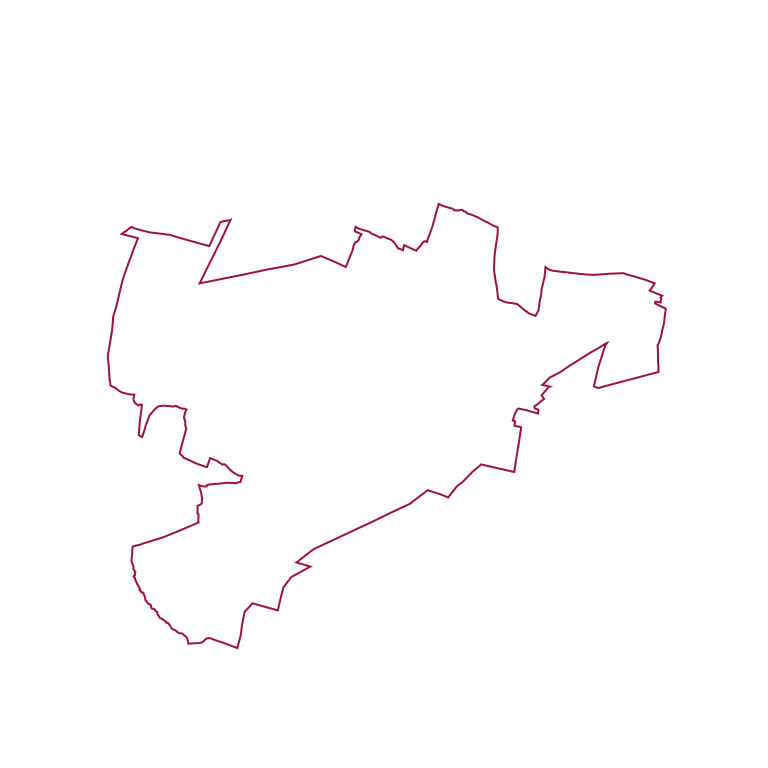 San Pedro Cholula, Puebla, Mexico (Robinson projection), rotated 345°
{"feature_id": "50627088B56415606246768", "entity_name": "San Pedro Cholula", "entity_type": "district", "adm_level": 2, "iso_a3": "MEX", "parent_name": "Mexico", "parent_adm1": "Puebla", "projection": "robinson", "projection_center": [-98.345, 19.072], "detail": "fine", "context": "isolated", "style": "outline", "palette": "rose", "viewbox_px": 768, "rotation_deg": 345, "n_neighbors": 0, "source": "geoboundaries", "source_scale": "gbopen_adm2", "svg_char_len": 6131}
<svg xmlns="http://www.w3.org/2000/svg" viewBox="0 0 768 768"><g transform="rotate(345 384 384)"><path d="M133.9,369.9L136.6,372.7L141.6,365.2L142.6,363.1L149.6,353.3L152.6,351.5L155.0,349.7L159.7,347.3L161.7,347.3L164.0,347.7L165.1,347.7L169.1,349.2L171.2,349.8L174.1,351.1L175.3,351.3L176.5,351.3L177.3,351.1L178.1,351.6L178.3,352.4L183.0,355.8L184.6,356.0L186.6,357.5L184.5,360.0L182.1,364.6L182.2,366.6L182.3,367.7L182.2,369.5L181.4,372.4L181.4,373.5L181.5,375.7L178.9,380.5L174.5,387.8L168.6,398.2L171.0,402.0L171.0,403.0L177.2,408.0L181.0,411.3L183.9,413.5L190.7,418.1L191.6,418.4L196.8,410.6L202.8,415.0L204.7,417.4L205.6,418.2L206.7,419.7L207.5,420.1L208.2,420.3L208.7,420.0L210.4,421.6L211.6,424.2L213.1,427.0L214.3,428.9L215.6,430.5L219.6,434.6L220.9,435.3L223.3,436.0L220.0,441.5L219.1,441.3L216.7,441.3L215.1,441.6L213.7,440.9L210.6,439.9L206.7,438.7L197.1,437.3L193.3,436.4L192.6,436.6L190.2,435.9L188.6,436.0L187.3,435.8L186.6,436.0L186.5,436.6L186.2,437.0L184.6,436.7L182.9,436.1L180.9,435.2L179.0,433.8L179.2,441.9L178.7,447.6L178.0,449.8L177.2,451.8L176.5,452.6L173.7,453.3L172.4,453.3L172.0,454.5L171.4,457.4L170.6,459.7L170.4,460.6L170.4,461.0L171.0,461.5L171.1,462.1L169.2,468.0L169.1,469.7L156.7,471.6L131.1,474.9L108.5,475.8L106.7,476.2L105.7,476.0L99.2,475.9L98.1,478.6L97.0,482.2L94.4,489.2L94.3,491.6L94.5,492.8L94.6,494.6L94.8,495.1L94.8,495.8L94.1,497.5L94.0,498.3L94.5,498.9L94.7,500.0L95.2,501.0L95.1,501.3L94.6,501.5L93.8,504.5L92.6,504.8L92.3,505.3L93.3,507.3L93.1,509.1L93.6,511.2L93.7,512.7L94.4,515.0L95.2,519.1L95.3,519.7L94.8,519.7L95.0,520.7L95.8,522.5L97.2,523.0L97.4,523.8L97.8,526.5L97.8,529.6L97.6,530.8L99.6,535.5L101.2,536.4L101.5,537.2L101.6,538.2L101.4,539.0L101.3,540.0L102.0,541.3L103.6,541.6L105.0,544.7L106.0,545.6L106.0,546.4L105.7,547.6L107.0,552.0L108.7,553.4L110.3,555.2L111.2,556.0L111.5,557.6L112.0,558.3L112.8,558.3L113.7,559.3L114.6,561.6L115.1,562.5L115.2,564.3L115.7,565.3L116.6,566.3L118.3,567.4L119.7,569.2L120.0,570.1L121.5,571.4L122.4,572.1L123.6,572.3L124.8,573.1L125.3,574.0L127.3,576.7L127.8,577.7L128.1,578.7L128.1,580.1L127.8,584.2L133.5,585.3L137.5,586.2L139.2,586.5L140.7,586.6L142.5,586.1L145.8,584.2L146.9,584.0L149.8,584.2L155.2,588.1L160.7,591.6L174.0,601.1L180.8,589.2L184.5,580.1L187.7,573.4L190.6,567.8L196.7,564.1L200.1,561.7L222.8,575.2L228.2,565.1L234.0,554.6L244.4,546.5L265.6,541.3L253.3,533.8L255.1,533.2L257.0,532.1L272.5,525.6L275.7,524.9L339.3,513.6L359.9,509.6L377.7,506.5L398.7,497.9L409.3,504.7L416.6,510.2L427.7,501.9L429.1,501.1L432.6,499.8L434.8,498.8L442.5,494.3L447.1,491.5L453.8,488.5L457.0,486.8L474.1,495.9L487.0,502.7L496.0,482.3L497.6,478.7L497.8,478.6L505.3,461.3L499.2,458.0L500.9,453.9L500.8,453.7L498.9,452.7L502.5,446.9L506.0,443.1L507.1,442.5L507.4,442.5L512.6,445.1L514.1,445.7L519.2,448.9L525.1,452.3L526.5,449.2L526.3,449.0L525.8,448.2L523.5,446.8L523.3,444.7L524.9,444.0L527.5,443.1L528.1,442.7L528.2,442.8L529.0,442.5L529.8,442.0L534.7,439.9L533.3,435.7L542.4,429.5L543.4,429.4L536.7,425.8L541.4,423.3L545.7,420.7L546.5,420.5L547.5,420.3L556.2,418.4L559.6,417.4L567.7,414.5L572.7,412.9L573.2,413.0L573.9,412.5L578.1,411.4L579.5,410.8L582.7,409.8L583.8,409.6L584.7,409.1L585.5,409.1L585.7,408.8L589.0,408.0L592.3,406.8L594.1,406.5L599.8,405.0L609.5,402.1L610.1,402.1L607.9,403.7L595.3,423.3L586.2,440.4L587.2,441.6L588.5,442.5L589.6,442.8L590.0,443.4L599.7,443.3L621.4,443.3L622.2,443.4L652.3,443.4L653.8,437.3L654.0,435.7L655.3,430.2L657.5,421.4L658.3,417.2L658.7,417.0L660.0,415.6L663.3,410.7L665.0,407.7L666.3,404.8L667.8,402.1L669.0,400.1L670.8,396.3L672.3,392.3L675.7,384.1L670.1,379.4L666.6,376.2L667.5,374.7L670.3,375.9L672.3,376.9L672.9,375.2L674.1,372.8L674.0,372.5L673.6,372.1L675.6,370.7L668.9,365.8L668.5,365.2L665.3,363.0L664.8,362.4L667.2,360.8L671.5,356.8L662.8,350.6L650.4,343.0L645.8,340.4L644.3,339.0L629.7,335.7L615.7,333.1L608.0,330.7L595.0,325.7L587.1,322.5L586.8,322.8L586.6,322.7L586.2,322.3L576.5,318.3L574.8,317.4L572.6,315.8L570.3,312.8L566.5,323.0L565.7,324.1L560.5,333.8L558.8,338.7L556.0,344.0L553.6,349.7L552.6,352.5L548.1,357.4L542.7,353.7L538.8,349.0L534.1,342.2L533.4,341.5L532.1,340.6L523.9,337.1L521.8,335.9L520.1,334.6L516.3,331.4L518.1,318.6L518.3,316.2L518.3,313.7L518.7,312.3L518.7,310.6L519.0,309.4L519.3,305.4L519.8,302.6L519.8,301.9L520.2,300.9L523.0,291.6L524.4,287.7L526.5,282.5L532.8,268.0L534.4,262.2L530.5,259.2L527.4,256.4L525.7,254.4L525.2,254.3L524.6,253.8L517.7,247.3L513.2,243.7L508.5,240.8L508.0,239.5L507.3,238.7L505.4,237.5L504.9,236.3L504.5,236.0L503.3,235.8L502.5,235.7L502.1,235.8L499.9,235.4L496.8,234.5L495.6,232.4L490.8,229.6L486.5,226.9L483.4,224.3L477.3,234.4L476.0,236.9L471.4,244.6L466.9,251.1L464.2,254.6L462.2,258.0L460.5,256.7L459.9,256.6L458.2,257.3L455.3,259.7L450.4,262.9L449.7,263.6L444.7,259.6L439.4,255.1L436.9,259.7L435.2,258.2L432.7,256.6L430.8,251.0L429.4,248.1L427.9,246.2L425.0,244.3L424.6,243.9L421.8,241.5L420.8,241.2L419.5,241.5L418.6,241.9L417.1,240.7L413.7,237.6L411.0,235.7L409.1,233.1L403.9,230.0L400.0,227.5L397.3,224.9L395.3,228.5L395.4,228.8L396.1,229.6L401.0,233.4L399.5,235.0L397.7,236.5L397.5,237.7L396.8,238.3L395.2,239.3L394.0,239.8L392.7,239.8L390.3,242.7L388.2,246.8L386.4,249.2L383.3,253.1L381.3,256.0L377.4,261.1L367.6,252.9L361.5,248.2L356.3,244.0L332.1,245.2L327.1,245.3L301.0,243.2L300.6,243.2L277.6,242.0L232.0,239.1L243.9,225.4L255.1,212.8L258.8,208.5L263.3,203.5L277.8,186.3L278.1,185.9L277.8,186.0L271.2,185.2L270.0,185.2L267.7,185.4L263.6,190.5L254.5,201.2L250.8,205.6L236.5,197.1L222.5,188.8L215.4,184.3L212.2,183.2L211.0,182.5L209.9,182.1L197.4,177.1L190.9,173.6L183.8,169.4L181.4,167.7L181.0,167.3L180.8,166.9L177.5,168.0L174.8,169.4L172.9,169.9L169.5,171.3L184.1,179.4L175.1,191.6L174.3,193.0L169.3,199.9L160.1,213.3L158.0,216.9L157.8,217.1L151.0,229.5L150.2,231.2L145.5,239.8L139.9,248.8L135.4,261.4L124.4,285.6L123.7,289.0L123.0,294.1L120.3,307.6L119.5,314.8L123.7,318.4L126.4,322.2L129.1,324.7L135.9,328.3L140.1,329.7L138.0,333.8L137.8,334.6L138.3,336.7L139.0,338.5L141.3,341.2L143.3,340.8L144.2,340.8L144.7,341.3L143.7,344.2L138.1,358.0L133.9,369.9Z" fill="none" stroke="#9f1239" stroke-width="2"/></g></svg>